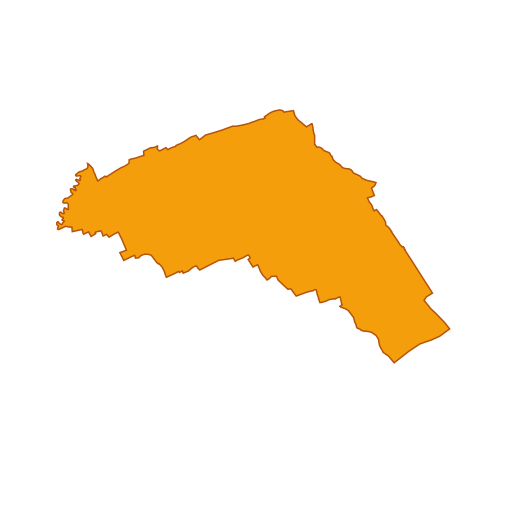 the district of Santo Tomás, Atlántico, Colombia, rotated 52°
{"feature_id": "7082276B26662960638408", "entity_name": "Santo Tomás", "entity_type": "district", "adm_level": 2, "iso_a3": "COL", "parent_name": "Colombia", "parent_adm1": "Atlántico", "projection": "orthographic", "projection_center": [-74.801, 10.735], "detail": "fine", "context": "isolated", "style": "filled", "palette": "amber", "viewbox_px": 512, "rotation_deg": 52, "n_neighbors": 0, "source": "geoboundaries", "source_scale": "gbopen_adm2", "svg_char_len": 6053}
<svg xmlns="http://www.w3.org/2000/svg" viewBox="0 0 512 512"><g transform="rotate(52 256 256)"><path d="M425.2,212.9L425.2,194.3L426.1,181.4L427.8,176.2L430.1,169.7L432.3,160.7L432.7,148.3L425.0,148.3L411.4,149.7L405.6,150.7L398.8,150.8L394.5,150.9L393.1,146.9L393.9,139.8L357.3,136.3L342.7,135.0L342.7,134.6L341.3,134.6L341.0,134.4L340.8,134.2L339.3,134.2L338.8,134.9L338.8,135.2L338.4,135.2L336.3,135.5L334.7,135.5L333.8,135.3L329.8,135.0L320.4,134.4L320.4,134.1L317.5,133.9L315.3,133.9L314.2,134.1L313.2,134.3L312.0,134.7L311.6,134.7L311.0,134.4L309.8,133.5L309.1,133.1L307.7,132.8L306.4,132.5L303.9,132.3L302.4,132.0L301.8,132.1L301.6,132.4L293.6,132.4L293.5,132.6L293.1,135.2L290.7,134.7L287.7,133.6L286.8,133.5L285.6,133.4L284.2,133.4L283.9,133.5L283.4,133.5L278.8,132.4L280.3,128.9L281.2,125.5L273.6,123.1L273.7,120.4L273.6,119.3L273.0,117.8L272.0,116.2L270.1,117.6L264.6,122.1L260.2,124.5L259.8,124.6L257.6,124.7L257.1,124.8L255.0,125.8L250.6,128.1L250.0,128.1L249.0,127.9L247.7,127.9L246.7,128.1L245.6,128.5L244.8,128.9L242.6,131.2L241.1,132.5L239.8,133.3L239.3,133.5L237.3,133.6L235.3,133.8L232.5,134.9L231.1,135.4L228.2,135.9L227.0,135.9L226.7,135.6L224.5,134.8L224.1,134.7L222.7,135.2L222.0,135.0L220.8,134.6L219.8,134.7L219.1,135.0L217.0,136.3L215.2,137.3L214.1,137.6L211.7,137.9L210.6,138.3L210.0,138.6L208.6,139.7L208.2,140.2L207.8,141.1L205.1,140.9L204.2,141.1L200.5,138.2L197.2,135.6L194.9,134.9L191.1,132.9L189.0,131.6L187.5,131.0L186.3,130.4L185.8,131.1L185.9,131.6L185.8,133.0L185.5,135.0L185.4,136.7L174.8,139.0L173.7,139.1L169.5,139.0L164.5,137.0L159.8,145.4L158.7,145.4L157.8,145.5L155.4,147.5L153.0,152.5L152.2,155.1L151.8,157.6L151.5,163.6L152.9,163.9L152.4,165.3L152.6,165.6L152.5,165.8L151.4,167.6L150.3,169.9L149.1,174.1L148.3,176.2L147.0,180.5L145.8,183.0L145.6,183.7L144.7,185.4L144.0,187.0L141.7,191.3L140.8,192.7L139.3,194.4L135.7,205.7L133.2,212.3L129.6,221.4L129.6,229.0L124.0,229.0L122.2,234.2L121.6,242.1L121.2,245.0L121.0,246.2L120.2,248.6L120.2,249.0L119.7,250.8L119.7,251.1L120.1,251.8L120.1,252.0L119.3,253.9L118.5,256.5L118.2,257.8L117.9,260.0L115.2,260.2L113.9,267.2L111.7,267.9L111.1,268.0L110.7,267.7L108.7,265.9L108.4,266.5L108.0,268.6L107.8,269.3L106.6,271.3L105.9,272.1L104.2,280.1L107.8,282.5L107.0,284.1L104.8,290.3L102.7,294.8L102.1,296.7L104.2,298.5L104.5,299.0L104.7,299.6L104.7,300.8L104.4,304.0L103.4,307.6L102.5,314.6L101.5,325.5L100.5,325.5L100.2,325.8L100.0,326.2L99.9,328.8L99.5,330.4L99.6,333.4L99.5,334.5L98.9,334.4L97.9,334.1L95.3,333.5L92.4,332.5L90.9,332.3L86.6,330.8L85.3,330.8L81.8,331.1L80.4,331.4L79.4,331.8L79.8,332.0L80.9,332.5L82.0,333.4L82.5,333.9L82.8,334.5L83.0,335.5L82.9,336.6L82.3,338.1L82.1,340.7L81.0,343.0L80.8,344.0L80.9,347.9L81.5,348.5L82.2,348.4L82.7,348.0L84.1,345.5L84.6,345.0L85.4,344.9L85.8,345.5L85.9,346.1L86.4,347.0L86.9,347.3L87.5,347.3L88.0,347.5L88.0,347.9L87.8,348.8L87.0,349.0L85.0,350.3L84.9,350.8L85.2,351.4L85.7,351.3L86.6,351.4L87.6,351.0L88.9,350.8L89.8,350.8L90.3,351.5L90.5,352.3L90.4,353.3L88.8,356.3L88.8,356.7L89.0,357.0L89.4,357.3L89.9,357.0L90.4,356.5L90.9,356.3L91.1,356.4L91.4,356.9L92.0,357.3L93.3,357.0L93.5,357.5L93.3,358.1L92.4,358.5L90.3,359.1L89.5,359.9L89.1,360.6L89.1,361.1L90.1,361.7L90.8,361.8L91.4,362.4L92.4,362.6L93.5,362.1L94.0,362.1L94.4,362.2L94.6,362.8L94.7,363.4L94.6,364.4L94.4,369.0L93.2,370.8L93.1,371.3L93.2,372.0L93.6,373.7L94.7,375.1L95.3,375.2L95.8,374.9L96.4,374.4L97.2,372.7L98.3,372.1L99.1,372.0L99.7,372.2L101.2,373.1L102.1,374.2L102.5,374.5L103.6,374.9L103.7,375.4L103.3,375.9L100.4,377.0L100.2,377.4L100.5,377.9L101.0,378.6L101.4,379.3L101.9,379.9L102.5,380.2L103.7,380.4L104.2,380.8L104.3,381.4L104.0,381.9L103.1,382.4L101.7,382.6L101.1,382.9L100.9,383.3L100.9,383.8L101.1,384.3L101.4,384.7L102.4,385.4L102.9,385.6L103.7,385.6L105.2,385.3L105.9,384.9L106.8,384.2L107.3,384.3L107.7,384.7L107.8,386.3L108.4,386.7L109.2,386.3L109.8,385.7L110.4,385.7L110.7,386.2L110.9,388.2L111.3,388.6L111.6,388.9L111.5,389.6L111.2,390.1L110.4,390.5L109.0,390.9L108.3,390.9L107.7,390.7L107.2,390.9L106.9,391.3L107.0,392.0L107.2,392.6L107.7,393.1L108.2,393.4L109.5,393.7L110.1,393.5L110.6,393.4L111.1,393.6L111.5,394.2L111.8,395.0L112.4,395.6L112.6,395.8L113.7,395.2L115.4,387.7L117.6,385.9L119.9,383.3L123.7,385.8L128.0,376.7L130.0,377.5L131.4,378.2L132.7,378.4L133.9,373.1L139.1,373.9L139.7,368.5L138.6,368.3L138.5,367.3L140.7,362.7L142.9,363.1L146.1,364.2L146.9,360.5L150.7,360.2L151.4,353.9L152.4,349.8L160.0,351.4L171.7,354.5L169.5,361.2L178.1,362.9L179.8,354.7L180.7,351.2L183.5,352.3L184.8,350.3L185.2,349.3L184.9,347.9L184.9,346.9L185.1,345.3L185.7,343.5L186.5,342.0L187.1,341.2L188.4,339.9L189.5,339.0L190.6,338.3L191.4,338.1L200.5,338.2L200.8,337.9L202.1,337.8L202.2,337.2L206.6,336.8L209.7,337.3L212.2,337.9L214.8,338.9L217.6,339.7L220.0,329.6L220.5,326.5L221.9,326.5L222.4,323.2L224.7,324.0L226.2,318.6L226.3,318.2L226.1,317.0L226.1,312.4L226.5,310.5L227.3,309.0L229.4,309.3L232.4,309.0L236.5,288.0L243.4,276.0L243.7,275.1L247.4,275.7L247.5,274.2L248.0,272.2L249.4,267.3L250.1,262.2L250.7,261.3L253.9,261.7L253.9,264.3L262.9,265.2L262.9,264.3L264.0,260.0L270.7,261.9L274.8,262.4L276.6,262.4L278.2,262.1L280.3,262.1L281.7,262.1L282.0,258.8L281.5,256.5L284.6,252.3L288.6,253.4L302.0,251.3L303.0,248.8L312.3,249.0L316.0,237.6L316.7,236.2L317.3,234.6L318.5,232.5L318.6,230.4L319.8,229.4L324.5,231.6L327.7,232.5L327.9,232.9L332.1,234.3L333.1,232.6L334.1,229.9L334.6,229.0L335.4,225.2L336.8,222.5L337.6,221.4L338.1,220.1L338.6,220.2L339.3,216.7L339.8,215.0L341.5,215.5L343.2,216.3L346.9,218.2L347.2,218.3L347.5,218.3L347.3,220.9L347.9,220.9L348.6,220.6L352.3,218.2L354.8,217.2L356.1,216.8L364.8,217.0L365.3,217.2L365.5,217.3L368.2,218.6L372.3,219.7L374.5,220.7L375.1,220.6L376.0,220.3L376.2,219.9L377.2,219.3L378.7,218.9L379.5,218.8L380.0,218.5L380.3,218.1L381.2,217.6L382.1,216.8L383.0,215.5L383.7,215.0L386.2,212.6L388.0,211.7L392.3,210.4L393.8,210.3L395.7,210.7L396.9,210.7L401.8,213.4L405.0,214.3L407.2,214.5L408.4,214.8L410.5,215.1L416.5,213.2L425.2,212.9Z" fill="#f59e0b" stroke="#b45309" stroke-width="1.5"/></g></svg>